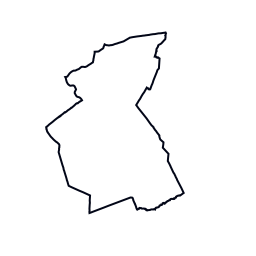 Victor Vlad Delamarina, Timis, Romania (Equal Earth projection), rotated 151°
{"feature_id": "2599482B6245174477067", "entity_name": "Victor Vlad Delamarina", "entity_type": "district", "adm_level": 2, "iso_a3": "ROU", "parent_name": "Romania", "parent_adm1": "Timis", "projection": "equal_earth", "projection_center": [21.849, 45.603], "detail": "fine", "context": "isolated", "style": "outline", "palette": "ink", "viewbox_px": 256, "rotation_deg": 151, "n_neighbors": 0, "source": "geoboundaries", "source_scale": "gbopen_adm2", "svg_char_len": 5633}
<svg xmlns="http://www.w3.org/2000/svg" viewBox="0 0 256 256"><g transform="rotate(151 128 128)"><path d="M49.2,193.4L52.4,194.6L53.1,194.8L55.5,196.0L58.9,197.1L60.6,197.9L63.3,198.9L64.2,199.1L64.9,199.4L66.4,200.0L67.4,200.4L67.8,200.6L68.3,200.7L69.9,201.4L70.9,201.8L71.3,201.9L71.8,202.1L75.5,203.6L80.4,205.4L82.0,205.9L82.4,206.1L89.9,205.9L95.5,207.1L96.0,207.1L98.9,207.8L101.2,208.1L101.5,208.3L102.1,208.4L102.8,208.8L103.8,209.1L104.3,209.3L104.7,209.4L105.4,210.0L106.8,211.0L107.0,211.2L107.9,212.5L108.4,212.1L108.7,211.7L109.8,211.0L110.6,210.1L110.9,209.9L111.4,209.7L112.0,209.6L112.8,209.6L114.9,209.4L115.4,209.3L116.6,209.2L117.6,209.6L120.2,210.9L120.7,210.0L120.9,209.6L122.8,207.4L123.5,206.6L123.8,206.1L124.6,205.3L125.7,203.7L126.3,203.2L126.9,202.4L128.2,202.4L129.6,202.2L130.6,202.2L132.5,202.1L133.0,202.0L133.8,201.9L134.4,201.9L135.3,202.0L136.1,202.2L137.3,203.1L138.5,203.8L139.0,204.0L140.4,203.8L142.4,203.4L144.4,203.7L145.7,203.7L146.3,203.8L146.8,204.0L147.6,204.5L148.5,204.6L150.1,204.6L151.3,204.4L152.8,204.0L156.1,202.4L156.5,202.4L158.2,203.0L158.2,202.5L158.2,201.9L158.9,199.6L159.3,197.5L159.2,195.5L159.0,194.8L158.4,193.5L158.1,193.1L157.7,192.8L156.1,192.2L155.3,191.8L154.9,191.4L154.5,190.4L154.5,190.0L154.7,187.0L154.8,186.9L156.4,185.8L157.1,185.3L157.6,184.5L157.7,184.3L157.7,183.9L157.7,181.5L157.6,181.0L157.6,180.6L157.2,179.9L155.7,178.4L155.2,177.4L154.8,175.7L154.8,175.1L154.8,174.5L157.1,174.4L157.2,174.5L157.5,174.5L157.8,174.5L158.1,174.4L160.0,174.0L160.2,174.3L160.5,174.4L161.8,174.4L162.6,174.1L163.9,173.8L164.1,173.7L167.1,173.1L167.7,173.2L167.8,173.0L168.5,173.0L170.3,172.7L171.5,172.7L173.2,172.4L173.8,172.2L174.4,172.2L175.4,172.1L175.5,172.4L175.8,172.5L176.2,172.3L178.6,171.8L182.4,171.4L182.2,171.1L185.0,171.0L188.1,170.5L191.0,169.9L195.6,169.2L196.5,168.9L199.2,168.4L199.3,167.4L199.8,167.0L199.9,166.8L199.9,165.8L200.1,165.4L200.2,165.0L200.3,164.6L200.4,163.5L200.2,163.1L200.3,162.3L200.1,161.3L199.9,159.0L199.8,158.3L199.6,157.3L199.0,155.3L198.9,154.7L198.5,153.4L198.2,152.6L197.8,151.4L197.5,150.8L197.4,150.4L196.9,149.7L196.6,148.6L196.5,148.2L196.3,147.7L196.2,147.5L196.3,146.3L196.6,145.7L197.0,145.3L197.2,144.6L198.1,143.8L198.5,142.9L199.0,142.2L200.1,140.9L200.4,140.4L202.3,131.9L203.3,127.4L203.8,124.5L204.0,124.0L204.4,122.8L204.6,121.6L204.6,121.2L204.8,120.6L206.0,114.8L206.5,112.7L206.7,112.2L207.0,110.2L207.4,108.7L207.9,106.2L206.0,103.5L201.0,96.8L198.6,93.8L193.9,87.4L196.6,83.2L197.7,80.9L198.3,80.1L199.2,78.7L200.9,76.0L201.7,74.3L202.3,73.6L202.6,73.0L202.9,72.3L187.6,70.1L182.4,69.4L159.5,66.0L159.0,65.6L158.5,65.4L158.2,65.2L157.9,64.7L158.1,63.0L158.4,62.3L158.8,58.1L158.7,58.1L159.2,54.9L159.4,54.3L159.6,52.6L159.5,52.1L159.4,52.1L159.1,52.1L158.9,52.3L158.5,52.2L158.0,52.3L157.7,52.0L157.0,52.4L156.7,52.5L156.6,52.4L156.3,52.1L155.8,51.9L155.5,51.8L155.4,51.7L155.4,51.3L155.2,51.0L154.9,50.8L154.5,50.5L153.9,50.3L153.5,50.0L153.1,49.8L152.8,49.3L152.4,49.3L152.2,49.2L151.7,48.4L151.9,48.0L151.5,47.8L151.1,47.1L151.0,46.9L151.3,46.7L151.2,46.6L150.4,46.5L149.4,46.0L148.7,45.8L148.3,45.6L147.5,45.6L146.9,45.4L145.9,44.8L145.5,44.7L145.0,44.3L144.8,44.2L144.5,44.4L144.2,44.3L143.9,44.1L143.7,43.7L143.1,44.3L142.6,44.4L142.5,44.6L142.4,44.6L142.1,44.7L141.7,44.6L141.3,44.4L140.9,44.4L140.7,44.3L140.5,44.1L140.4,44.1L139.6,44.0L139.0,44.1L138.5,44.5L137.9,44.9L137.3,44.6L136.8,44.7L136.5,44.6L136.3,44.7L136.0,44.5L135.9,44.7L135.7,44.5L135.4,44.7L135.0,44.7L134.5,44.9L134.1,45.4L133.9,45.4L133.5,45.3L133.5,45.2L133.3,45.2L133.0,45.0L132.9,45.0L132.7,44.7L132.8,44.1L132.7,44.0L132.2,44.3L131.6,44.3L131.4,44.5L131.2,44.4L130.5,44.5L130.3,44.5L130.1,44.8L129.9,44.8L129.6,44.9L128.9,44.8L128.6,44.9L128.1,44.7L127.3,44.9L127.0,44.8L126.8,44.8L126.5,44.5L126.3,44.5L125.6,45.1L125.3,45.2L124.2,44.9L123.8,44.5L123.4,44.4L122.9,44.0L122.3,44.2L122.2,44.0L122.2,43.7L121.8,43.5L121.3,43.9L120.7,44.1L120.1,43.9L119.7,43.9L119.6,44.0L119.3,44.3L119.2,44.6L118.9,44.6L118.2,44.7L117.5,44.5L117.0,44.6L116.6,44.5L116.5,44.4L116.2,44.1L115.6,43.9L115.2,44.0L115.1,43.9L115.0,43.7L110.8,44.2L110.4,49.9L110.4,50.6L110.2,58.8L110.1,59.3L110.0,59.9L110.0,62.1L109.8,63.4L109.8,64.7L109.7,65.4L109.7,65.9L109.9,66.8L109.7,69.8L109.4,74.0L109.3,74.3L109.3,75.0L109.2,76.7L109.2,79.8L108.4,81.0L105.1,85.8L107.1,93.9L105.1,96.5L103.9,98.3L104.7,100.5L105.3,102.3L105.3,102.6L105.2,103.2L104.9,104.6L104.4,106.3L104.2,106.4L104.8,109.9L104.9,111.5L105.4,113.9L105.3,114.6L105.4,115.0L105.5,115.8L105.4,116.1L105.3,116.3L105.5,116.8L105.6,117.6L106.1,118.7L106.5,121.7L107.1,127.4L109.3,140.4L109.7,144.1L104.7,147.0L103.5,147.5L100.7,149.3L98.6,150.5L96.4,151.5L95.7,152.0L95.1,152.3L94.2,152.9L92.0,154.2L91.7,153.2L91.4,152.9L91.2,153.0L91.0,152.8L91.1,152.3L91.2,152.1L91.2,151.9L90.6,151.4L90.2,151.1L89.7,151.2L86.5,154.0L85.6,154.6L84.2,155.8L83.1,156.9L81.7,158.1L75.4,163.2L75.2,163.5L74.1,164.4L73.9,164.5L72.6,164.9L72.1,165.1L66.7,173.5L66.9,173.9L67.2,174.5L67.5,175.2L67.9,175.1L68.0,175.4L68.3,175.4L68.9,175.9L68.9,176.3L68.9,176.6L69.1,176.7L69.2,177.0L69.1,177.4L69.6,177.3L70.0,177.5L68.8,178.7L68.3,179.0L67.3,180.0L66.7,180.9L66.4,181.0L65.9,181.1L65.7,181.4L65.8,181.5L65.7,182.1L65.2,182.6L65.0,183.0L64.6,183.4L64.2,183.5L63.7,183.9L62.9,184.2L62.5,184.7L62.1,184.8L61.6,185.6L60.5,185.8L58.7,185.7L57.2,186.0L56.3,186.4L55.3,186.6L54.6,187.0L54.0,187.1L53.3,187.4L52.5,187.5L51.2,189.1L50.7,190.1L50.4,190.6L50.5,190.8L50.0,191.1L49.6,191.7L49.4,192.1L49.2,192.2L49.3,192.4L49.3,192.5L48.6,193.0L48.1,193.1L49.2,193.4Z" fill="none" stroke="#020617" stroke-width="2"/></g></svg>